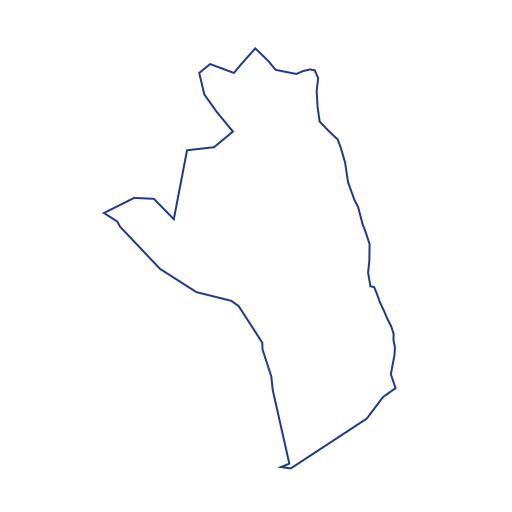 Chinaz, Tashkent, Uzbekistan, rotated 278°
{"feature_id": "79887680B87312828707789", "entity_name": "Chinaz", "entity_type": "district", "adm_level": 2, "iso_a3": "UZB", "parent_name": "Uzbekistan", "parent_adm1": "Tashkent", "projection": "natural_earth1", "projection_center": [68.814, 40.98], "detail": "fine", "context": "isolated", "style": "outline", "palette": "blue", "viewbox_px": 512, "rotation_deg": 278, "n_neighbors": 0, "source": "geoboundaries", "source_scale": "gbopen_adm2", "svg_char_len": 1025}
<svg xmlns="http://www.w3.org/2000/svg" viewBox="0 0 512 512"><g transform="rotate(278 256 256)"><path d="M144.6,412.6L157.6,406.0L159.6,406.1L168.7,406.5L176.7,406.9L184.8,406.3L192.0,403.8L198.1,403.1L205.3,399.6L211.6,395.1L218.9,390.7L227.2,385.3L235.5,380.9L241.7,377.3L241.9,373.5L255.2,369.3L267.3,368.9L283.6,366.8L296.0,360.7L302.2,357.2L318.7,350.3L325.0,345.8L333.3,341.4L341.6,337.0L349.8,334.5L361.0,331.2L374.5,325.1L382.8,320.7L389.3,311.4L398.0,300.3L412.3,296.2L427.6,293.1L440.7,292.8L448.0,288.4L448.3,283.6L445.6,276.7L441.9,270.7L442.4,261.1L443.1,249.5L450.6,241.3L461.5,226.4L444.1,214.8L434.2,208.6L439.7,183.9L429.4,174.3L408.7,182.4L393.1,197.2L376.0,215.8L357.9,199.3L351.1,173.0L281.0,169.5L298.4,146.9L296.6,127.3L277.4,99.4L270.9,113.7L266.0,117.4L229.8,162.9L211.9,202.1L208.3,236.8L208.2,237.6L204.0,245.8L171.0,274.3L164.5,275.4L138.9,287.9L125.7,291.2L83.6,307.1L55.0,317.9L50.5,310.1L50.5,320.0L110.4,388.3L134.0,401.4L144.6,412.6Z" fill="none" stroke="#1e3a8a" stroke-width="2"/></g></svg>